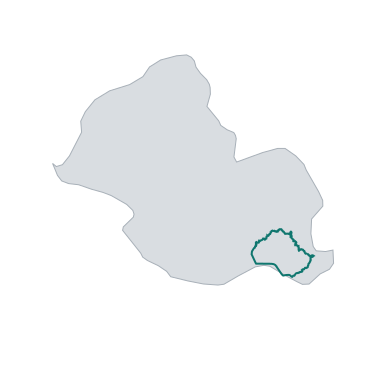 location of Nyamasheke, Western, Rwanda, rotated 245°
{"feature_id": "39286606B22601397790462", "entity_name": "Nyamasheke", "entity_type": "district", "adm_level": 2, "iso_a3": "RWA", "parent_name": "Rwanda", "parent_adm1": "Western", "projection": "albers", "projection_center": [29.106, -2.358], "detail": "fine", "context": "in_parent", "style": "outline", "palette": "teal", "viewbox_px": 384, "rotation_deg": 245, "n_neighbors": 0, "source": "geoboundaries", "source_scale": "gbopen_adm2", "svg_char_len": 6154}
<svg xmlns="http://www.w3.org/2000/svg" viewBox="0 0 384 384"><g transform="rotate(245 192 192)"><path d="M153.8,119.8L158.2,119.7L186.6,112.9L189.4,115.0L194.0,128.2L196.4,130.1L200.3,130.6L208.3,127.6L222.9,117.3L229.3,111.1L236.8,102.3L246.5,92.3L251.8,83.7L257.1,78.6L263.9,77.1L271.5,77.5L276.8,77.7L272.4,79.8L271.5,86.1L276.5,96.2L292.8,117.2L303.2,121.1L309.9,129.3L316.6,143.0L318.5,160.2L315.7,180.9L317.3,196.3L323.3,206.4L324.9,219.4L322.0,235.5L318.5,245.1L314.4,248.3L309.8,249.5L303.5,248.4L295.9,249.8L287.5,252.8L282.3,253.2L279.1,252.6L272.9,250.0L263.2,241.7L245.1,246.3L240.2,246.2L233.6,250.1L228.2,255.0L224.9,255.3L221.6,254.6L206.0,244.8L200.3,245.1L197.9,272.7L195.3,288.0L192.1,294.8L180.9,301.3L169.7,305.1L163.6,304.8L138.9,306.9L129.2,306.9L123.9,304.6L117.0,289.0L103.9,282.1L91.3,278.8L86.2,279.7L81.6,287.9L79.8,295.2L67.6,290.2L63.9,284.0L63.6,273.6L59.1,259.2L61.6,253.1L66.4,249.2L76.5,241.6L91.9,231.1L95.2,226.1L97.4,217.7L96.4,198.4L94.9,182.0L96.7,176.2L103.8,163.5L113.2,150.6L124.2,136.9L130.8,135.5L139.5,130.3L148.7,122.7L153.8,119.8Z" fill="#d9dde1" stroke="#a8b0b8" stroke-width="1"/><path d="M120.6,243.1L120.2,242.9L120.0,242.7L120.2,242.3L120.7,242.0L120.4,241.9L120.3,241.6L120.2,241.5L120.1,241.3L120.2,241.1L120.1,240.9L120.1,240.7L119.3,240.4L118.5,239.8L118.8,239.3L118.8,239.0L118.2,238.7L118.0,238.4L118.0,238.1L118.1,237.8L118.6,237.9L118.7,237.5L119.2,237.4L119.1,237.2L119.3,236.9L119.6,236.9L119.7,236.7L119.4,236.5L119.3,236.0L119.1,235.6L119.0,235.2L118.9,235.1L118.9,234.4L119.1,233.8L119.1,233.5L118.9,233.1L119.3,232.7L119.2,232.5L118.8,232.4L118.8,232.1L119.0,232.0L118.8,231.9L118.9,231.6L118.7,231.5L118.1,231.3L117.9,231.0L118.0,230.8L118.2,230.5L118.2,230.2L118.5,230.0L118.7,229.6L118.8,228.9L119.4,229.0L119.4,228.7L119.2,228.5L118.9,228.4L118.6,228.3L118.2,228.5L117.8,228.3L117.7,227.9L117.2,227.8L117.0,228.0L116.9,227.9L116.9,227.6L116.7,227.6L116.7,227.2L116.5,226.9L116.4,226.9L116.4,227.1L116.2,227.1L115.9,227.0L115.9,226.8L116.0,226.7L115.9,226.5L115.7,226.1L115.4,225.8L115.5,225.7L114.9,225.1L115.0,224.7L114.8,224.2L113.0,221.5L112.5,221.0L111.1,220.2L110.4,219.7L101.2,219.7L100.0,219.8L93.4,233.6L92.6,234.8L92.1,235.5L91.4,236.1L90.8,236.5L90.2,236.8L88.9,237.0L88.7,237.2L88.3,237.1L87.8,237.2L79.8,238.5L78.5,238.9L78.0,239.1L77.7,239.4L77.0,242.2L76.2,244.2L75.7,245.1L75.0,245.7L73.3,246.4L72.8,246.8L72.7,247.0L72.8,247.3L73.3,248.1L73.4,248.6L73.2,249.2L72.9,249.5L74.2,251.5L74.3,252.4L74.0,253.6L73.8,253.7L73.9,254.0L73.6,254.6L73.8,254.9L73.7,255.4L73.9,255.6L73.8,255.9L73.9,256.1L73.9,256.4L73.5,256.8L73.4,257.1L73.5,257.6L73.3,258.1L73.4,258.4L73.5,258.5L74.0,258.6L74.3,258.8L74.5,258.7L74.8,258.7L74.8,258.9L75.0,259.1L75.1,259.3L74.9,259.6L75.0,259.7L74.8,260.2L74.9,260.3L74.7,260.5L74.6,260.9L74.8,261.2L75.1,261.8L75.3,262.0L75.3,262.3L75.5,262.5L75.4,262.8L75.3,263.0L75.1,263.2L74.9,263.2L74.8,263.3L74.8,263.9L74.8,264.1L74.8,264.7L74.9,265.0L75.2,265.0L75.5,265.2L75.9,265.9L76.3,266.0L76.4,266.3L76.5,266.4L76.5,266.5L77.1,266.8L77.3,267.0L77.6,267.1L78.0,267.8L77.9,268.1L78.0,268.2L78.1,268.4L78.2,268.5L78.3,268.7L78.5,268.9L78.8,269.1L79.0,269.4L78.9,269.6L79.0,269.8L79.3,269.9L79.5,270.0L80.1,270.4L80.2,270.5L80.2,270.9L80.5,271.0L80.6,270.9L80.9,271.0L81.4,271.1L81.9,271.6L82.4,271.7L82.4,271.8L82.5,271.8L82.5,272.2L82.6,272.3L82.5,272.5L82.5,272.8L82.4,273.2L82.5,273.6L82.3,273.8L82.3,274.0L82.4,274.4L82.5,274.5L82.6,274.8L82.7,275.0L82.8,275.1L82.8,275.3L83.0,275.2L83.2,274.8L83.5,274.7L83.8,274.4L83.9,274.0L83.6,273.7L83.6,273.4L83.9,273.0L83.9,272.8L83.9,272.6L83.7,272.3L83.6,272.2L83.8,272.2L84.0,272.0L84.2,271.7L84.6,271.7L84.9,271.4L85.0,271.2L85.6,271.3L85.9,271.2L86.2,270.8L86.4,270.9L86.5,270.9L86.7,270.6L87.0,270.6L87.3,270.4L87.6,270.5L87.5,270.4L87.7,269.9L88.0,269.6L88.1,269.2L88.4,269.0L88.3,268.8L88.5,268.7L88.8,268.7L89.4,268.6L89.6,268.6L89.9,268.6L90.2,268.8L90.4,268.7L90.8,268.9L91.1,268.9L91.5,268.6L91.5,268.3L91.7,268.2L92.0,268.2L92.4,268.1L92.7,268.2L93.1,268.0L93.1,267.8L93.1,267.6L93.3,267.2L93.7,266.9L93.8,267.0L94.0,266.9L94.1,266.7L94.0,266.4L94.1,266.2L94.2,265.7L93.8,265.3L93.8,264.7L93.6,264.4L93.5,263.9L93.6,263.3L93.7,263.8L94.2,264.3L94.7,264.6L95.3,264.4L95.8,264.8L96.0,265.1L96.3,265.2L96.5,265.3L96.9,265.2L97.8,265.6L97.8,265.2L98.0,264.9L98.2,265.0L98.7,265.1L98.9,264.9L99.0,264.7L99.5,264.5L99.6,264.3L99.7,264.1L99.8,264.0L99.8,263.9L100.1,263.9L100.2,264.0L100.3,263.9L100.5,264.0L100.6,263.9L100.6,263.7L100.7,263.8L100.9,263.7L100.9,263.9L101.1,263.9L101.2,264.1L101.4,263.9L101.8,264.1L102.2,264.5L102.4,264.6L102.4,264.8L102.6,264.7L102.7,264.8L102.9,264.8L103.0,265.0L103.3,264.8L103.7,264.8L103.8,264.7L104.0,264.6L104.1,264.2L104.3,263.6L104.3,263.4L104.6,263.0L104.9,263.1L105.0,263.3L105.5,263.5L105.7,263.8L105.9,263.7L106.0,263.8L106.3,263.7L106.7,263.4L107.4,263.0L107.6,263.1L108.1,262.8L108.3,262.9L108.9,262.8L109.0,262.9L109.1,262.7L109.4,262.8L109.6,262.6L109.7,262.9L109.9,262.8L110.0,263.0L110.1,263.4L110.4,263.2L110.5,263.0L111.0,263.0L111.1,263.4L111.4,263.2L111.4,263.5L111.6,263.6L111.7,263.9L112.3,264.5L112.5,264.5L113.0,264.6L113.2,264.9L113.4,264.8L113.6,265.1L113.9,265.1L114.3,264.9L114.3,264.6L113.4,264.0L112.7,263.9L113.2,263.3L113.3,263.0L112.8,262.6L113.2,261.8L113.5,261.6L113.8,261.3L113.8,260.9L113.9,260.7L114.2,260.1L114.4,259.5L114.7,259.4L114.6,258.9L114.7,258.7L114.8,258.6L115.1,258.6L116.1,258.4L117.2,258.4L117.8,257.6L118.3,257.6L118.7,257.8L119.0,257.7L119.2,257.3L119.7,257.2L120.0,257.2L120.2,257.3L120.4,257.3L120.7,257.0L120.8,256.7L120.8,256.1L121.1,255.9L121.0,255.7L121.2,255.2L120.9,254.8L121.1,254.5L121.1,254.4L120.9,254.3L120.9,254.0L120.8,253.8L120.4,253.9L120.2,253.3L119.8,253.0L119.8,252.9L120.2,252.1L120.2,251.8L120.3,251.5L120.5,251.4L120.6,251.5L121.0,251.6L121.4,250.9L121.3,250.6L121.4,250.4L122.1,250.2L122.2,249.6L122.3,249.2L122.5,248.9L123.0,248.6L122.9,248.1L123.1,247.8L123.0,247.4L122.6,247.1L122.3,246.9L122.3,246.6L122.3,246.2L122.2,246.2L121.9,246.2L120.9,245.1L120.9,244.7L121.1,244.4L120.7,244.0L120.8,243.7L120.7,243.5L120.6,243.1Z" fill="none" stroke="#0f766e" stroke-width="2"/></g></svg>